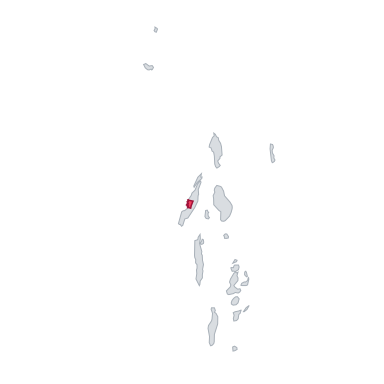 East Kwaio, Malaita, Solomon Islands shown in context, rotated 227°
{"feature_id": "97153195B50400826200425", "entity_name": "East Kwaio", "entity_type": "district", "adm_level": 2, "iso_a3": "SLB", "parent_name": "Solomon Islands", "parent_adm1": "Malaita", "projection": "equal_earth", "projection_center": [161.056, -8.944], "detail": "fine", "context": "in_parent", "style": "filled", "palette": "rose", "viewbox_px": 384, "rotation_deg": 227, "n_neighbors": 0, "source": "geoboundaries", "source_scale": "gbopen_adm2", "svg_char_len": 5211}
<svg xmlns="http://www.w3.org/2000/svg" viewBox="0 0 384 384"><g transform="rotate(227 192 192)"><path d="M152.2,194.0L157.9,199.6L160.3,199.1L167.8,199.2L172.3,203.2L174.9,205.0L176.3,208.6L178.1,209.5L179.3,211.3L179.9,214.6L177.1,216.4L175.5,216.9L171.1,215.7L167.0,213.2L158.7,212.9L154.9,212.1L153.5,211.1L152.3,209.8L150.4,206.7L148.8,203.1L148.6,200.9L148.4,196.8L148.9,195.3L150.5,193.9L152.2,194.0ZM178.1,160.5L184.5,170.9L184.3,172.7L183.4,173.9L183.1,177.4L184.0,178.8L185.7,179.4L188.7,183.1L190.0,189.1L191.2,191.2L191.3,195.5L194.1,201.6L194.4,204.5L194.1,205.8L192.9,205.1L189.5,198.2L185.7,195.2L185.2,194.0L181.3,190.0L178.7,183.2L175.8,171.2L177.2,168.4L173.9,162.5L174.1,161.0L176.4,161.3L176.8,160.6L178.1,160.5ZM154.7,165.7L155.5,169.0L152.0,166.1L149.4,162.5L141.8,158.6L140.2,156.6L138.8,156.4L134.9,153.1L131.1,150.9L128.2,146.9L126.8,146.2L124.4,143.1L122.1,141.0L121.3,137.3L119.0,134.7L118.5,133.5L125.7,135.6L129.0,139.8L131.9,142.1L132.9,143.8L135.4,146.1L137.7,146.3L140.0,148.6L142.1,149.3L143.8,150.5L154.5,160.9L153.2,163.7L154.7,165.7ZM203.1,232.9L206.4,235.0L208.3,234.6L211.1,236.0L213.2,235.2L214.6,237.1L217.9,244.2L217.9,246.5L220.2,248.1L218.3,248.4L215.7,247.6L213.7,248.2L211.6,246.8L208.1,246.1L205.0,244.4L198.5,239.2L198.6,236.5L197.5,235.3L197.2,232.0L194.9,231.0L192.2,230.8L192.0,229.3L192.5,226.5L194.5,226.6L196.9,227.7L203.1,232.9ZM93.2,126.0L94.0,127.3L92.0,129.4L89.4,128.2L88.7,126.4L86.9,126.8L83.2,125.8L78.0,120.8L72.6,111.3L67.3,106.1L66.3,104.5L66.2,101.8L66.9,100.7L70.1,101.9L74.3,106.2L81.3,110.7L83.1,113.0L84.4,118.4L85.5,120.1L89.3,124.3L93.2,126.0ZM100.5,158.0L102.1,160.8L104.0,167.2L103.7,169.4L102.3,169.5L102.0,170.9L100.1,167.8L97.7,167.0L95.9,165.1L95.1,158.9L93.7,158.5L89.8,159.1L88.5,161.1L86.7,160.5L86.3,158.7L86.6,156.9L89.0,155.1L89.5,152.9L91.9,148.9L93.3,148.3L96.2,149.7L96.5,155.3L97.6,157.1L100.5,158.0ZM173.6,282.1L171.8,283.3L170.2,282.7L168.9,281.7L167.9,279.1L165.7,277.4L162.6,276.7L161.0,275.0L158.8,274.5L158.2,273.0L158.4,271.5L158.7,270.7L160.7,271.4L170.3,278.5L173.6,282.1ZM72.5,146.8L72.0,147.3L71.1,145.4L70.5,144.8L70.5,142.7L67.8,139.3L67.6,136.9L69.1,134.6L71.2,135.9L73.2,138.8L75.6,139.8L75.1,141.7L73.0,145.2L72.5,146.8ZM85.6,152.3L84.5,153.8L81.7,153.6L79.5,150.0L79.5,147.3L81.2,144.9L83.2,144.4L84.4,145.4L85.4,147.4L85.8,150.0L85.6,152.3ZM109.5,173.4L106.9,176.2L105.0,175.3L103.5,172.9L104.3,169.3L105.8,168.5L106.6,167.3L109.4,168.3L110.1,169.0L108.4,170.7L109.3,172.1L109.5,173.4ZM317.5,245.8L313.3,246.6L311.6,249.1L309.4,248.8L308.7,246.8L308.7,245.8L309.8,245.9L310.5,243.9L311.7,242.9L314.7,242.5L318.3,243.6L317.5,245.4L317.5,245.8ZM198.8,206.3L199.0,211.4L197.0,208.6L196.1,209.6L195.2,208.3L195.4,202.4L194.0,196.8L195.1,197.3L198.8,206.3ZM90.8,174.4L90.8,175.0L89.4,174.0L86.2,169.3L86.7,167.7L89.6,164.6L90.5,164.2L91.3,166.1L90.6,168.9L89.7,169.6L89.3,172.3L90.8,174.4ZM163.0,184.3L165.2,184.7L169.2,189.4L168.3,190.8L166.4,190.1L165.8,190.4L165.2,188.8L163.2,187.4L161.4,187.3L161.1,185.7L163.0,184.3ZM137.6,188.8L134.5,188.3L133.6,187.1L134.7,185.4L136.0,184.2L137.2,185.2L138.6,185.5L138.7,187.7L137.6,188.8ZM50.3,117.9L47.7,118.7L46.1,117.6L46.8,114.9L47.7,113.5L50.9,116.0L50.3,117.9ZM150.5,167.3L149.3,167.7L147.4,166.4L146.6,165.3L147.0,163.5L148.1,162.8L149.3,164.0L149.4,165.2L150.5,167.3ZM337.9,277.4L335.6,278.0L334.7,277.9L333.2,274.9L334.4,274.2L336.0,274.4L336.5,276.2L337.9,277.4ZM97.5,176.0L97.4,177.3L95.9,176.9L92.6,175.0L92.5,174.2L94.4,173.9L95.7,174.1L97.5,176.0ZM70.5,152.9L70.0,156.4L68.6,152.0L68.9,148.5L69.4,148.0L70.5,152.9ZM113.3,177.4L111.3,178.4L110.7,177.0L112.1,173.2L113.3,177.4Z" fill="#d9dde1" stroke="#a8b0b8" stroke-width="1"/><path d="M181.1,180.0L182.6,182.2L183.0,183.1L184.1,185.3L184.6,186.5L187.9,184.2L187.8,183.9L187.7,183.9L187.8,183.9L187.9,184.0L188.0,184.0L188.3,183.9L188.3,183.7L188.2,183.7L188.0,183.4L188.3,183.3L188.5,183.5L188.7,183.8L188.8,183.8L188.7,183.8L188.8,183.8L188.7,184.0L188.8,184.0L188.9,183.9L188.8,183.7L188.7,183.6L188.5,183.4L188.4,183.2L188.3,182.9L188.2,182.9L188.0,182.7L187.9,182.6L187.7,182.5L187.7,182.4L187.6,182.2L187.4,181.9L187.5,181.8L187.4,181.8L187.4,181.6L187.2,181.4L187.0,181.2L186.9,181.1L186.8,180.9L186.7,180.9L186.6,180.6L186.5,180.8L186.6,181.0L186.5,180.9L186.4,180.9L186.5,181.0L186.4,181.3L186.5,181.5L186.4,181.5L186.4,181.4L186.2,181.3L186.2,181.2L185.9,181.0L185.9,180.9L185.9,180.7L185.7,180.6L185.6,180.4L185.8,180.3L185.9,180.5L186.0,180.5L186.1,180.4L186.0,180.2L185.9,180.1L185.8,179.9L185.7,179.8L185.7,179.7L185.6,179.8L185.5,179.7L185.4,179.7L185.2,179.5L185.3,179.5L185.3,179.4L185.2,179.4L185.2,179.5L185.1,179.4L185.1,179.5L185.1,179.4L185.0,179.2L184.9,179.2L184.7,179.1L184.4,179.2L184.4,179.3L184.5,179.4L184.7,179.5L184.8,179.5L185.0,179.7L185.1,179.8L185.0,179.7L185.0,179.8L184.9,179.7L184.8,179.8L184.7,179.8L184.7,179.7L184.4,179.6L184.2,179.7L184.0,179.4L183.9,179.4L184.0,179.4L183.9,179.4L183.8,179.2L183.7,179.1L183.7,178.9L183.7,178.7L183.4,178.7L183.2,178.6L183.1,178.8L183.1,178.7L183.0,178.8L181.1,180.0ZM186.4,180.5L186.4,180.4L186.2,180.3L186.2,180.2L186.1,180.3L186.2,180.5L186.3,180.5L186.4,180.5Z" fill="#f43f5e" stroke="#9f1239" stroke-width="1.5"/></g></svg>